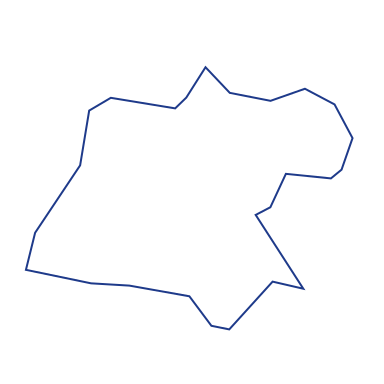 the district of Niamey, Niamey, Niger, rotated 193°
{"feature_id": "23599985B37846693808008", "entity_name": "Niamey", "entity_type": "district", "adm_level": 2, "iso_a3": "NER", "parent_name": "Niger", "parent_adm1": "Niamey", "projection": "albers", "projection_center": [2.087, 13.524], "detail": "fine", "context": "isolated", "style": "outline", "palette": "blue", "viewbox_px": 384, "rotation_deg": 193, "n_neighbors": 0, "source": "geoboundaries", "source_scale": "gbopen_adm2", "svg_char_len": 465}
<svg xmlns="http://www.w3.org/2000/svg" viewBox="0 0 384 384"><g transform="rotate(193 192 192)"><path d="M61.8,122.8L124.8,184.0L112.2,194.8L104.6,230.8L59.7,236.5L51.3,247.4L47.7,280.6L72.8,309.4L105.2,318.0L136.0,298.5L177.5,297.1L206.9,316.6L218.8,282.7L227.2,269.7L292.3,265.5L310.5,248.2L307.0,192.8L335.7,117.0L336.3,78.8L269.8,80.3L232.0,86.7L171.1,89.8L143.0,66.0L124.8,66.5L93.3,122.8L61.8,122.8Z" fill="none" stroke="#1e3a8a" stroke-width="2"/></g></svg>